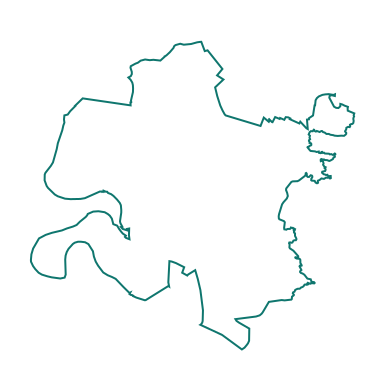 outline of Tlacojalpan, Veracruz, Mexico, rotated 277°
{"feature_id": "50627088B3891560925219", "entity_name": "Tlacojalpan", "entity_type": "district", "adm_level": 2, "iso_a3": "MEX", "parent_name": "Mexico", "parent_adm1": "Veracruz", "projection": "natural_earth1", "projection_center": [-95.942, 18.194], "detail": "fine", "context": "isolated", "style": "outline", "palette": "teal", "viewbox_px": 384, "rotation_deg": 277, "n_neighbors": 0, "source": "geoboundaries", "source_scale": "gbopen_adm2", "svg_char_len": 6055}
<svg xmlns="http://www.w3.org/2000/svg" viewBox="0 0 384 384"><g transform="rotate(277 192 192)"><path d="M120.1,317.1L123.6,313.6L124.6,311.6L124.9,310.0L125.8,309.0L126.5,309.0L127.9,310.1L131.3,307.8L132.0,308.0L132.2,309.7L132.6,309.8L134.8,308.2L137.8,307.8L138.6,307.2L138.8,306.5L138.7,304.1L139.1,302.8L139.7,302.5L139.9,302.7L139.8,305.2L140.2,305.4L141.3,305.2L146.1,299.8L148.0,296.0L149.0,295.4L151.8,295.3L152.8,294.6L153.7,294.7L154.0,295.7L153.7,296.7L154.1,297.8L156.1,298.6L156.6,299.6L156.8,301.0L157.7,301.4L158.6,301.2L161.0,299.6L163.5,299.3L164.0,298.4L164.5,298.1L165.5,298.0L166.0,298.4L166.7,297.5L167.0,297.6L167.1,298.6L167.7,298.8L168.7,296.5L168.4,296.2L168.8,294.5L167.8,294.2L167.3,293.7L167.1,292.0L166.8,291.0L166.1,290.3L166.2,288.2L167.6,287.8L173.3,287.8L174.3,286.8L175.6,282.0L176.4,281.4L178.6,281.0L180.6,281.1L190.7,282.9L192.9,284.0L197.1,286.9L199.7,287.6L202.6,286.6L205.4,285.1L207.0,285.1L214.1,289.4L214.8,290.6L215.6,295.4L216.6,296.9L221.6,302.0L222.6,302.6L224.5,302.6L224.8,303.0L224.3,303.6L221.8,304.1L221.1,304.9L221.2,306.3L223.1,307.8L222.9,309.0L222.3,309.5L221.3,309.6L219.7,308.8L218.2,308.9L217.9,309.4L218.0,312.4L216.5,313.4L215.9,314.7L216.1,315.6L216.6,316.0L217.9,315.5L218.6,315.6L219.4,317.1L221.2,318.8L221.1,321.4L222.7,323.4L222.6,324.7L223.1,325.7L223.0,326.2L222.3,326.9L222.4,327.8L222.7,328.1L224.8,327.7L224.4,325.6L224.8,324.8L225.6,324.3L225.2,322.9L225.6,321.8L225.7,320.5L227.0,318.7L228.0,318.8L229.1,321.6L230.2,321.9L231.0,321.8L231.9,320.7L232.9,321.5L233.3,320.3L235.0,318.8L236.4,319.1L238.5,318.2L238.7,316.9L238.3,316.1L239.4,315.8L240.1,315.9L240.5,316.5L240.2,317.5L240.4,319.1L239.9,319.9L240.1,322.2L239.6,324.1L239.6,324.7L240.2,325.7L241.8,327.8L243.5,328.3L244.0,329.3L244.6,329.5L245.7,328.8L246.8,329.7L247.4,329.5L247.6,329.0L246.1,327.5L246.0,327.0L246.6,325.5L246.1,324.3L246.7,323.3L246.4,319.2L247.1,318.2L246.7,317.2L247.7,316.3L247.5,315.6L246.4,315.4L246.2,314.8L246.4,313.2L247.6,312.9L246.9,310.8L247.3,309.2L247.2,304.8L247.5,304.2L250.4,301.2L250.8,301.3L251.3,302.6L252.2,303.1L252.7,304.3L253.3,304.7L254.6,304.4L254.9,304.0L255.0,302.7L255.8,302.7L257.0,301.8L257.8,301.9L258.8,302.8L260.2,302.0L262.2,302.2L263.3,300.8L265.8,301.5L266.9,302.6L267.0,304.4L268.7,305.3L268.6,305.7L267.6,306.2L267.1,307.2L267.1,307.7L267.8,308.4L267.1,311.4L268.3,313.0L268.3,313.8L267.4,314.8L267.2,316.4L266.0,318.4L266.3,320.7L265.7,322.4L265.6,325.7L265.3,326.3L265.4,329.8L266.1,333.3L266.3,336.1L267.7,337.5L268.6,338.0L269.7,337.8L270.6,336.6L271.6,336.7L272.7,337.4L274.6,337.4L275.7,339.0L275.6,340.6L276.6,341.0L278.0,340.6L278.7,341.5L279.2,343.0L280.2,343.7L282.3,343.8L284.2,343.2L285.8,343.3L286.7,343.7L287.9,343.1L289.8,343.5L291.7,336.7L293.7,336.3L295.5,336.4L296.3,332.9L297.2,330.5L297.5,328.5L295.1,328.7L293.2,327.1L293.1,324.8L294.0,322.6L302.3,316.8L304.2,316.9L305.1,318.8L304.7,322.1L306.4,322.0L305.6,320.6L305.8,315.7L305.1,312.3L304.3,309.6L302.3,306.2L300.4,304.5L298.1,303.5L293.0,303.6L292.9,303.1L282.7,302.8L279.5,299.1L278.4,299.2L277.9,297.3L268.6,299.2L269.2,297.8L275.0,290.9L273.1,290.2L276.2,280.2L277.0,280.6L277.8,278.5L277.7,275.9L274.9,274.8L276.2,270.4L275.2,270.1L276.5,265.4L271.1,263.4L271.2,262.8L274.3,258.9L272.9,260.5L271.0,259.7L274.6,254.2L265.9,252.0L272.1,216.1L273.0,215.0L276.6,212.4L281.3,209.5L290.2,205.4L298.7,202.2L307.5,209.5L310.8,202.7L317.8,207.2L334.5,190.2L333.4,187.5L342.2,182.9L342.0,181.8L341.2,178.9L338.8,173.1L337.2,165.9L337.7,162.2L335.8,157.7L334.5,156.5L332.8,156.1L328.1,153.0L324.3,149.8L323.3,148.4L323.1,148.5L318.6,144.6L318.5,137.5L317.7,134.0L317.8,129.3L316.1,125.0L313.7,122.5L312.5,120.2L309.4,115.9L307.8,115.8L303.9,117.6L301.7,117.9L299.5,117.1L297.9,114.9L295.9,117.4L293.3,119.4L290.9,120.3L287.5,120.9L284.0,121.2L275.4,120.3L273.7,120.8L273.4,120.6L273.3,120.0L270.5,120.5L271.6,72.1L263.3,65.4L263.1,65.7L257.3,61.2L253.7,59.2L252.5,56.0L248.4,56.1L245.3,56.9L242.4,56.2L237.4,55.7L224.0,52.9L218.1,52.5L204.4,50.4L200.7,48.7L193.2,44.2L191.4,43.7L185.6,44.3L180.3,47.0L178.5,48.6L172.8,56.1L171.4,59.3L169.9,66.8L170.1,72.2L171.5,82.0L172.8,86.4L181.3,100.6L181.3,102.2L181.6,102.6L181.2,102.9L182.0,104.1L181.4,104.6L181.9,105.3L182.2,105.1L181.8,106.4L181.9,107.8L180.8,108.8L180.0,112.0L178.5,114.6L175.4,118.5L172.3,121.7L170.2,123.0L165.5,124.0L162.9,124.3L154.2,124.1L152.4,124.7L149.0,127.1L148.6,125.8L146.9,127.7L146.0,132.4L147.4,131.9L148.1,134.1L141.4,134.7L137.5,135.7L138.4,132.1L139.3,130.9L140.6,131.7L142.3,128.4L144.0,126.5L146.5,124.1L149.5,121.8L150.5,117.8L155.8,115.7L158.5,113.3L159.9,111.1L161.3,107.8L161.5,101.5L160.5,96.3L157.5,91.2L156.1,90.8L154.3,89.6L148.8,84.3L145.2,81.5L143.2,78.1L140.6,72.3L138.0,67.6L134.4,57.9L131.6,52.0L127.3,45.8L116.5,41.2L110.5,40.2L104.9,40.4L103.2,40.7L99.1,43.3L96.4,45.8L93.2,49.6L91.7,53.1L90.7,58.7L90.2,63.1L90.1,71.8L91.5,76.0L94.6,76.7L109.5,74.4L113.5,74.3L117.2,75.0L120.6,76.4L125.9,80.1L127.4,81.8L128.7,84.8L129.1,87.8L129.1,92.0L127.7,95.5L121.1,100.9L116.0,102.5L111.2,104.9L107.4,107.8L101.3,113.7L99.1,118.5L97.9,122.9L96.5,126.8L89.3,135.6L84.2,142.2L84.7,143.0L83.1,142.4L82.4,143.8L82.4,145.1L81.9,146.3L81.5,146.2L80.4,149.7L78.8,158.4L79.1,159.3L95.8,180.0L95.4,180.8L99.5,179.5L120.6,178.0L120.5,180.3L119.5,184.7L116.4,193.4L110.7,192.1L108.5,197.5L109.6,198.2L114.8,204.7L106.5,208.3L95.6,212.3L75.9,217.3L65.3,218.3L63.6,218.1L61.7,217.1L61.2,216.5L53.8,239.3L41.8,260.7L43.9,263.1L46.5,264.8L48.6,266.0L51.3,266.8L63.4,265.5L68.1,254.5L69.5,251.9L71.1,250.6L76.2,270.7L77.8,274.2L79.6,275.9L81.1,276.8L92.3,281.7L95.7,294.2L95.7,297.1L97.3,303.7L97.9,304.1L100.3,304.0L101.9,305.6L102.5,305.6L103.7,304.4L104.6,304.5L105.6,305.9L107.4,306.4L108.8,308.5L109.1,310.6L109.4,311.0L110.5,311.9L111.2,313.3L112.2,314.3L113.7,315.0L114.0,315.5L113.9,317.3L114.5,318.5L115.0,318.5L115.3,317.6L116.0,318.0L115.3,320.4L116.0,321.1L115.9,322.1L116.3,322.7L116.1,324.3L116.7,324.8L117.4,324.1L117.5,321.5L119.8,320.5L120.1,317.1Z" fill="none" stroke="#0f766e" stroke-width="2"/></g></svg>